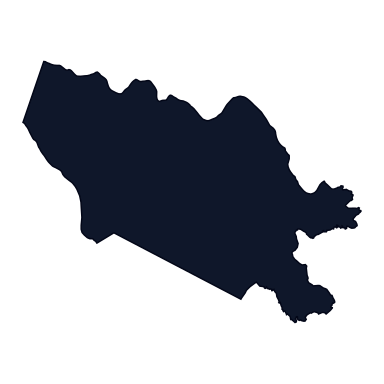 outline of St Helen Estate, Micoud, Saint Lucia
{"feature_id": "8701671B95563300423658", "entity_name": "St Helen Estate", "entity_type": "district", "adm_level": 2, "iso_a3": "LCA", "parent_name": "Saint Lucia", "parent_adm1": "Micoud", "projection": "equal_earth", "projection_center": [-60.905, 13.787], "detail": "fine", "context": "isolated", "style": "filled", "palette": "ink", "viewbox_px": 384, "rotation_deg": 0, "n_neighbors": 0, "source": "geoboundaries", "source_scale": "gbopen_adm2", "svg_char_len": 5923}
<svg xmlns="http://www.w3.org/2000/svg" viewBox="0 0 384 384"><path d="M240.9,299.2L241.5,298.1L245.2,292.8L246.4,290.3L250.0,286.7L254.7,283.2L256.4,282.1L259.8,286.1L264.0,286.7L264.3,287.7L265.1,288.4L265.8,288.2L266.6,287.0L267.3,288.2L268.1,288.8L268.6,288.7L269.8,289.3L270.3,289.0L271.9,289.4L271.8,290.6L272.4,290.6L273.9,289.4L274.2,290.3L274.9,291.7L275.9,292.8L276.4,293.5L276.9,296.7L278.4,299.5L279.0,301.2L279.6,301.5L279.5,302.4L278.9,302.5L279.2,303.0L280.4,302.8L281.2,305.7L282.0,307.3L282.2,307.9L282.0,309.2L282.8,309.7L282.9,310.5L283.5,311.5L283.9,311.1L284.9,311.2L285.2,311.7L286.3,313.7L286.5,314.6L287.4,314.0L289.7,316.0L290.2,316.7L290.6,319.0L290.8,319.5L291.3,319.3L293.4,321.0L295.0,322.5L296.2,322.0L296.5,320.7L295.4,318.7L296.5,316.7L297.4,316.7L297.6,317.0L297.3,318.7L297.9,319.5L299.3,320.4L300.7,319.9L301.2,320.5L303.3,321.1L305.0,321.1L305.8,319.9L306.2,319.5L305.2,317.2L307.2,314.7L310.2,312.9L311.5,313.1L312.6,312.3L314.3,311.7L317.4,312.6L318.2,313.2L318.6,314.0L322.3,312.4L324.6,312.6L326.1,314.0L330.2,310.5L332.3,308.0L332.3,307.7L331.7,307.7L331.0,307.4L331.0,306.2L331.9,305.4L332.1,304.2L332.6,303.1L333.0,303.4L334.6,302.5L334.7,301.6L334.4,300.6L333.9,299.5L333.0,298.0L332.0,295.4L330.5,295.1L329.6,293.4L326.7,289.3L324.9,288.5L323.5,288.1L319.8,285.6L318.1,285.5L313.2,285.9L312.1,284.8L308.6,282.7L307.2,279.7L308.0,278.8L307.9,277.4L307.1,275.4L306.7,271.9L306.3,268.1L306.7,266.1L305.4,264.6L302.1,265.0L299.5,263.5L296.6,260.8L294.8,259.4L292.8,256.6L292.5,254.7L291.8,252.8L292.5,251.8L293.6,250.9L294.9,250.4L297.3,247.3L298.1,243.5L296.5,239.0L296.2,236.4L294.7,233.0L295.2,231.8L295.5,231.5L296.5,230.0L297.5,230.0L297.7,229.5L298.1,228.9L298.8,228.9L300.9,229.4L303.6,231.2L305.4,232.1L306.2,232.7L306.6,234.2L307.6,235.0L309.9,237.3L310.4,237.4L311.1,238.0L311.9,237.4L312.8,238.3L313.6,238.0L314.4,236.2L315.2,235.9L316.5,234.7L318.3,234.4L322.4,232.1L322.5,231.0L323.1,230.6L323.7,230.6L323.8,231.8L324.7,231.8L326.4,231.8L326.7,231.3L326.6,230.6L326.7,230.4L330.1,230.0L332.2,228.6L332.6,228.6L333.1,228.9L333.6,228.9L333.8,227.7L334.2,227.1L335.6,226.9L336.5,227.8L336.8,227.8L337.6,226.8L337.8,226.3L336.6,225.7L336.8,225.1L338.0,225.5L338.4,226.0L338.9,226.9L339.4,226.9L340.1,227.2L340.7,228.1L341.8,227.5L342.0,225.8L342.4,226.0L342.7,227.2L343.1,227.8L343.5,227.7L344.8,227.7L345.0,227.8L345.0,228.7L345.2,229.0L345.5,229.0L346.6,228.3L346.9,226.2L347.7,226.2L348.6,226.6L349.5,227.2L351.3,228.1L353.1,228.1L354.7,227.8L355.9,226.5L357.1,225.7L356.9,224.2L355.5,221.4L353.5,220.5L353.0,219.0L356.1,215.2L358.5,214.0L358.9,213.3L360.4,212.0L361.0,211.1L360.8,210.6L359.7,210.4L358.9,209.5L359.3,208.0L358.5,207.6L357.0,208.5L355.2,208.2L348.4,208.3L345.8,206.3L345.5,205.4L345.7,205.0L348.9,201.8L350.5,200.5L351.2,200.5L352.5,199.5L352.1,197.3L353.0,195.5L353.0,194.9L351.2,194.1L351.8,193.1L351.6,191.8L351.0,191.2L349.0,190.9L346.1,189.3L345.4,189.7L344.6,189.6L343.2,189.9L342.7,189.7L342.4,188.6L343.1,187.1L342.9,186.1L341.0,185.8L339.9,187.3L339.6,187.1L337.8,187.4L337.0,188.0L334.0,189.1L332.5,189.1L331.4,188.8L327.5,185.0L325.1,182.9L324.4,181.3L323.9,181.3L321.9,182.7L320.0,184.7L316.8,190.5L315.1,192.3L313.6,193.2L310.9,194.1L307.9,193.5L306.0,192.8L303.6,190.9L301.5,188.5L298.4,184.7L297.5,181.6L295.8,179.5L295.3,177.7L294.9,176.6L293.0,175.2L291.0,172.5L290.6,172.0L289.2,169.7L288.1,166.8L287.7,164.1L289.2,158.9L289.2,155.6L288.9,155.1L287.9,154.3L285.3,150.8L285.3,149.8L284.9,148.2L283.7,147.4L282.6,146.8L280.6,145.0L279.1,143.2L277.9,141.2L277.4,140.2L276.5,137.8L276.2,136.8L275.6,133.7L275.5,132.4L275.2,131.2L274.7,130.1L273.3,128.3L269.7,125.5L266.3,119.4L263.1,114.8L261.4,112.2L260.6,111.4L256.1,107.0L253.9,105.0L252.3,103.3L250.2,101.3L247.3,98.9L245.5,97.7L244.6,97.3L244.0,97.0L241.9,96.6L240.7,96.3L239.6,96.3L238.5,96.5L235.6,97.5L234.4,97.7L233.5,97.8L232.5,98.6L227.6,103.9L226.8,104.9L226.0,106.1L222.3,112.3L221.7,113.1L221.0,113.7L218.9,115.1L217.9,116.0L217.1,116.9L216.3,117.5L215.2,118.1L212.1,119.3L210.3,120.1L209.2,120.5L208.2,120.7L207.3,120.7L206.1,120.5L203.3,119.4L202.4,118.8L199.1,115.2L197.2,112.7L193.9,108.7L192.1,107.1L190.9,106.3L190.2,105.7L189.8,104.9L188.1,103.4L186.6,102.4L183.3,101.0L180.4,100.6L178.6,99.9L177.5,99.3L176.3,98.3L173.3,96.7L171.8,95.6L170.7,95.2L170.0,95.3L169.4,95.7L168.4,96.9L167.2,98.9L166.4,99.9L165.7,100.2L164.2,100.3L163.5,100.3L162.4,100.4L161.1,100.8L159.9,101.4L158.6,101.2L157.5,100.1L156.9,98.6L156.6,96.9L156.6,95.2L156.7,91.7L156.3,90.1L154.8,87.3L153.9,86.0L152.0,83.5L151.1,82.2L150.1,81.2L148.8,80.6L147.5,80.6L144.9,81.1L142.2,81.3L140.9,81.6L139.6,81.3L138.4,80.7L137.2,79.9L135.9,79.4L134.7,80.1L133.6,80.9L132.4,82.0L131.4,83.2L130.5,84.4L128.7,87.2L127.6,88.1L125.3,89.7L124.3,90.8L123.4,92.0L122.4,93.2L121.2,93.8L119.9,93.9L118.6,93.8L116.0,92.8L112.1,90.8L110.9,90.0L109.9,89.0L109.0,87.7L108.3,86.2L107.3,83.0L106.9,81.3L106.2,79.8L105.2,78.7L104.1,77.8L100.5,75.3L99.6,74.0L98.5,73.0L97.4,72.1L96.1,72.3L93.7,73.8L91.1,74.5L89.9,75.1L88.6,75.4L87.3,75.7L84.6,75.9L80.6,76.3L78.0,76.2L76.6,76.0L75.5,75.1L74.4,74.1L71.4,70.8L70.2,69.9L68.9,69.6L67.7,70.1L66.4,70.1L65.2,69.5L60.7,65.9L59.4,65.4L56.8,65.4L54.2,65.2L52.9,64.9L51.6,64.5L50.3,64.0L49.1,63.4L47.8,63.0L46.5,62.4L45.4,61.7L43.8,61.5L23.0,122.4L24.1,123.1L25.1,124.2L25.9,125.6L26.8,126.7L27.7,128.0L28.5,129.5L29.8,132.4L32.9,138.3L33.8,139.5L35.0,140.2L36.1,141.2L37.0,142.5L38.1,145.6L38.7,147.2L39.6,148.5L41.1,151.4L42.9,154.0L43.9,155.2L44.8,156.5L46.5,159.2L48.3,161.7L49.3,162.8L52.5,166.0L53.7,166.7L55.7,167.6L59.4,169.6L60.5,170.4L61.6,171.5L62.9,174.5L63.8,175.7L64.8,176.9L69.3,180.5L71.6,182.2L72.7,183.2L75.3,186.5L76.9,189.2L79.7,195.8L81.0,202.2L81.3,207.7L81.9,217.5L81.2,225.2L81.2,229.3L82.1,232.5L84.3,235.0L87.4,237.7L89.8,238.7L92.7,238.7L94.2,240.4L95.6,241.2L96.9,243.1L113.9,232.8L240.9,299.2Z" fill="#0f172a" stroke="#020617" stroke-width="1.5"/></svg>